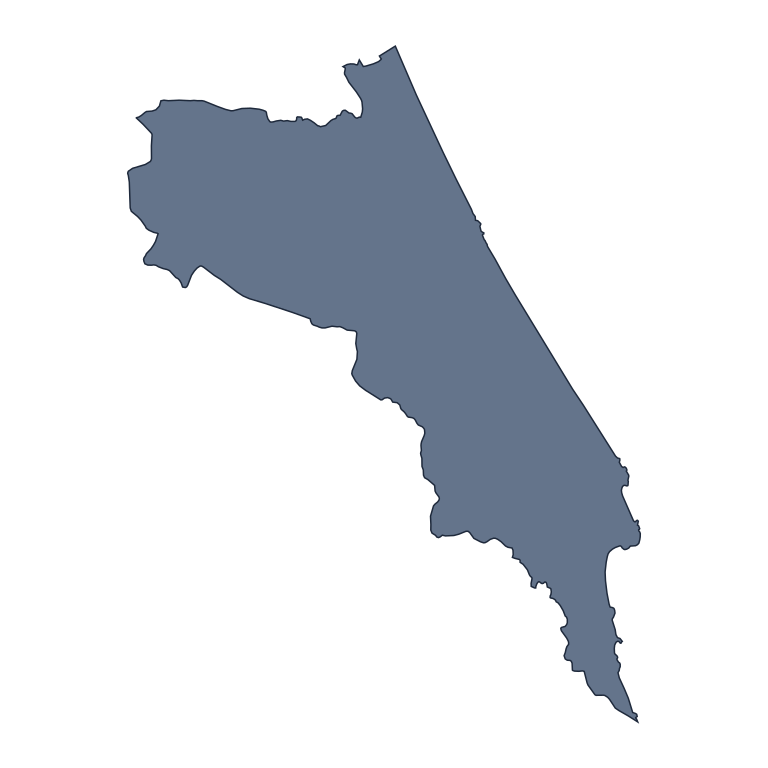 the district of Duc Pho, Quảng Ngãi, Vietnam
{"feature_id": "81297802B20968372540645", "entity_name": "Duc Pho", "entity_type": "district", "adm_level": 2, "iso_a3": "VNM", "parent_name": "Vietnam", "parent_adm1": "Quảng Ngãi", "projection": "albers", "projection_center": [108.978, 14.748], "detail": "fine", "context": "isolated", "style": "filled", "palette": "slate", "viewbox_px": 768, "rotation_deg": 0, "n_neighbors": 0, "source": "geoboundaries", "source_scale": "gbopen_adm2", "svg_char_len": 6107}
<svg xmlns="http://www.w3.org/2000/svg" viewBox="0 0 768 768"><path d="M432.0,533.1L435.5,535.3L436.9,537.1L438.5,537.6L440.2,536.9L442.3,535.2L445.5,535.9L453.9,535.5L458.8,534.2L466.0,531.3L468.1,531.3L469.8,532.7L473.9,538.4L480.5,541.8L483.5,542.8L485.0,542.7L487.0,541.7L490.2,539.4L493.6,538.2L495.4,538.3L497.7,539.3L501.1,541.7L505.5,546.0L508.0,547.3L512.0,548.0L513.0,550.2L513.2,554.7L512.4,557.4L515.0,558.4L519.5,559.5L520.1,560.3L520.1,562.3L523.1,564.3L527.4,569.8L529.4,574.8L530.4,576.3L531.8,577.5L532.0,578.7L531.1,583.4L531.2,586.4L534.7,588.0L535.7,588.0L535.9,586.3L536.9,583.7L537.8,582.4L538.7,581.7L539.7,581.9L540.4,582.7L542.1,583.6L543.5,583.2L544.6,582.1L545.7,582.1L546.3,582.7L546.8,584.1L547.3,587.0L550.1,588.2L550.9,588.9L551.3,591.8L550.9,594.6L550.2,595.9L550.1,597.5L550.5,597.9L553.1,598.5L554.7,599.5L555.5,600.2L556.2,601.8L557.9,602.7L558.5,603.4L560.2,605.5L563.2,610.7L565.2,616.0L566.5,617.1L567.3,619.2L567.3,622.7L566.7,624.5L565.2,626.4L561.6,627.4L560.8,628.2L561.1,630.0L561.7,631.2L566.7,638.1L568.2,641.0L568.6,642.5L568.6,644.3L566.9,646.6L566.1,648.8L565.3,652.5L564.1,655.7L565.2,658.9L567.2,660.2L570.0,660.4L570.8,660.8L571.6,662.0L572.1,663.3L572.4,670.1L573.0,670.6L574.6,671.1L578.9,671.3L582.5,670.9L584.2,671.4L587.1,682.9L588.0,685.1L594.9,694.7L596.0,695.3L603.5,695.2L604.9,695.5L607.7,697.3L609.5,699.3L615.3,708.1L619.0,710.6L628.4,716.0L637.7,721.9L636.6,719.1L635.7,718.0L635.7,717.6L637.2,716.5L636.7,714.3L635.5,713.5L632.7,712.5L628.3,698.2L624.2,688.5L619.3,677.9L618.0,672.7L619.2,670.5L619.5,668.4L620.2,666.8L620.2,664.2L619.6,662.9L618.5,662.2L617.0,659.7L617.0,658.7L617.6,657.8L617.6,657.1L617.0,655.9L614.8,653.8L614.5,653.0L614.3,648.3L614.7,645.0L616.1,642.2L617.5,641.3L618.9,641.4L620.2,643.1L620.7,643.2L621.1,643.1L621.5,642.1L622.3,641.4L620.0,638.5L617.9,637.8L617.3,637.3L615.9,634.5L615.2,629.7L612.2,620.2L612.3,618.9L613.5,617.1L615.0,613.1L614.7,610.5L614.2,608.9L613.6,608.1L611.9,607.4L610.3,607.2L610.0,606.8L609.1,604.1L607.0,593.2L605.5,580.9L605.1,572.0L606.2,562.2L607.3,556.6L608.1,553.9L609.5,551.7L612.5,549.1L615.3,547.5L620.0,545.8L620.7,546.0L621.7,546.9L622.0,547.7L623.9,549.3L624.9,549.6L626.8,549.1L628.8,548.0L630.3,546.1L635.6,545.7L637.5,544.7L638.9,543.1L639.8,539.6L640.2,536.9L640.3,533.6L639.8,532.1L638.7,530.7L638.7,529.6L639.3,529.4L639.7,528.7L638.6,525.8L637.5,525.2L638.3,521.2L637.5,520.3L636.6,520.5L635.5,521.7L634.5,521.7L633.5,520.8L622.6,495.9L621.7,492.8L621.4,490.3L621.9,488.0L622.5,486.6L623.6,485.5L624.7,485.3L626.8,485.9L627.7,485.7L628.0,485.2L628.3,481.3L627.9,480.3L628.8,476.3L628.7,475.2L626.3,471.1L626.9,470.2L626.8,469.5L626.2,468.1L625.0,467.0L624.3,466.9L623.1,467.5L621.6,466.5L619.3,462.3L619.9,460.1L619.7,458.6L617.5,458.0L615.5,456.1L583.2,405.0L572.7,389.3L515.3,295.0L505.7,278.6L495.0,259.0L487.8,246.9L487.3,245.8L487.1,244.3L486.2,243.1L485.0,240.5L484.2,239.7L482.5,235.4L482.5,234.8L483.0,234.2L483.8,233.9L483.8,232.8L482.4,232.2L481.0,231.0L479.9,226.3L480.8,224.2L480.7,223.6L477.7,220.7L475.5,220.3L475.2,216.5L473.0,213.6L471.4,209.3L456.1,179.1L443.2,152.6L416.3,94.9L395.3,46.1L379.4,56.0L380.3,57.6L381.3,58.9L380.8,59.7L378.6,61.6L373.5,63.8L365.8,66.1L363.3,66.5L359.3,59.9L357.5,64.7L356.3,64.8L353.9,64.0L350.4,63.9L347.1,64.5L343.0,66.6L345.2,68.0L345.3,68.8L344.5,72.7L344.6,74.2L346.5,77.4L348.9,82.3L356.4,92.0L360.5,98.3L361.5,100.3L362.0,102.0L362.6,108.8L362.3,112.1L360.7,117.3L359.3,117.1L357.0,118.2L355.8,117.8L354.8,117.1L352.1,113.7L350.7,113.2L349.0,113.0L345.4,110.3L343.9,110.3L342.5,111.0L342.1,111.5L340.1,115.3L338.0,115.4L337.2,115.7L336.8,116.2L336.2,118.0L335.4,118.6L332.8,119.4L330.9,120.6L325.7,125.5L320.4,126.7L318.8,125.9L317.8,125.8L314.0,122.7L310.4,120.3L307.5,118.9L304.5,119.3L302.7,120.2L301.7,117.7L301.2,117.2L299.5,117.0L297.3,116.9L296.7,117.6L296.7,118.6L296.3,120.5L295.1,121.4L290.8,121.4L287.3,120.6L283.6,121.1L280.8,120.3L276.2,121.0L273.1,121.9L270.8,122.1L269.8,121.6L267.9,118.8L266.8,115.2L266.3,112.2L265.6,111.3L262.9,110.2L259.2,109.2L250.4,108.2L241.9,108.5L233.1,110.7L231.1,110.8L225.5,109.4L217.5,106.5L204.1,101.1L202.0,100.7L197.5,100.7L194.0,100.4L190.3,100.7L179.2,100.2L168.4,100.7L163.9,100.2L160.9,100.8L159.4,106.1L155.9,109.8L152.0,111.1L146.5,111.5L144.9,112.5L141.3,115.5L138.7,117.1L136.4,117.7L136.3,117.9L143.2,124.4L151.6,133.4L152.1,134.8L151.4,145.8L151.5,158.6L151.1,160.2L150.3,161.5L145.3,164.5L132.6,168.3L128.4,171.2L127.9,172.2L127.7,173.5L128.3,175.4L129.3,182.0L130.2,208.0L131.4,211.4L137.6,216.5L141.0,220.1L145.3,226.2L146.3,228.3L148.9,230.2L153.8,232.4L157.3,233.2L158.1,233.7L155.5,241.5L153.5,245.1L151.0,248.8L146.5,253.5L145.4,255.9L144.1,257.7L143.6,259.3L143.9,261.3L144.9,263.8L147.8,265.1L151.5,265.2L153.7,264.9L156.1,265.3L158.5,266.8L163.2,268.6L167.1,269.5L169.5,270.6L175.8,277.5L178.1,278.7L179.5,280.2L181.1,282.8L182.6,287.0L184.4,287.4L185.6,287.5L186.7,286.8L187.7,285.2L191.5,275.3L194.3,271.1L197.1,268.0L199.6,266.3L200.4,266.0L201.7,266.1L203.6,267.2L214.3,275.4L220.7,279.4L237.4,292.3L243.2,296.0L249.4,298.7L264.4,303.2L292.4,312.4L310.2,318.8L310.7,321.1L311.7,323.4L312.4,324.3L313.7,325.1L317.5,326.3L319.1,327.1L321.9,327.9L325.2,327.9L332.0,326.2L337.1,326.8L339.9,326.6L342.9,327.8L347.1,330.1L354.7,330.8L356.3,331.9L356.8,333.5L355.8,343.5L356.7,348.8L357.4,351.5L356.9,359.3L352.3,370.6L351.8,373.7L352.3,375.2L355.6,381.1L359.7,385.9L365.7,390.4L380.8,399.9L382.1,399.8L384.5,398.1L387.7,397.6L390.3,398.6L391.1,399.3L392.7,402.1L397.2,402.7L399.8,405.0L400.7,408.2L401.4,409.5L404.0,411.7L405.5,413.5L407.3,416.3L408.3,417.1L412.3,417.7L414.0,418.5L415.2,419.9L416.9,423.2L418.3,425.0L422.4,426.8L424.0,428.6L424.5,429.7L424.8,433.2L424.2,435.5L421.6,441.6L421.1,443.9L421.0,445.6L421.4,450.5L420.6,453.2L420.9,455.0L421.9,458.3L422.0,466.4L423.3,469.9L423.5,475.2L424.6,477.7L427.9,479.6L434.6,485.4L435.1,491.0L435.9,492.8L438.9,496.9L439.3,498.1L439.3,499.1L438.8,500.4L437.6,502.0L434.9,504.2L433.5,505.9L430.5,516.2L430.9,524.5L430.8,530.1L432.0,533.1Z" fill="#64748b" stroke="#1e293b" stroke-width="1.5"/></svg>